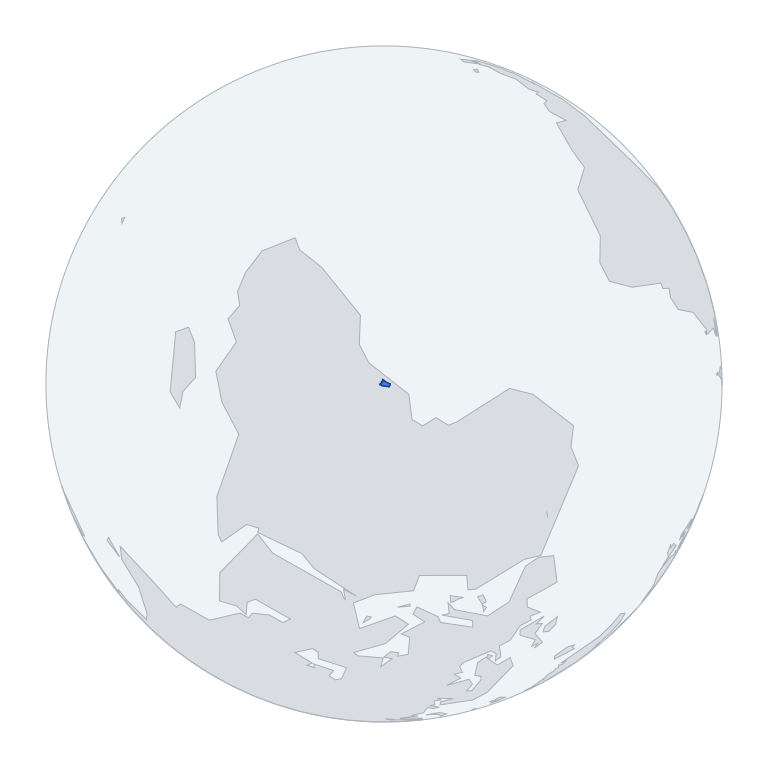 Kouilou highlighted on a globe, orthographic projection, rotated 159°
{"feature_id": "COG-3343", "entity_name": "Kouilou", "entity_type": "Region", "adm_level": 1, "iso_a3": "COG", "parent_name": "Republic of the Congo", "parent_adm1": "", "projection": "orthographic", "projection_center": [12.097, -4.264], "detail": "fine", "context": "on_globe", "style": "filled", "palette": "blue", "viewbox_px": 768, "rotation_deg": 159, "n_neighbors": 0, "source": "natural_earth", "source_scale": "10m", "svg_char_len": 7236}
<svg xmlns="http://www.w3.org/2000/svg" viewBox="0 0 768 768"><g transform="rotate(159 384 384)"><circle cx="384" cy="384" r="338" fill="#eef3f6" stroke="#a8b0b8"/><path d="M222.9,86.9L222.2,87.3L211.7,93.3L208.8,95.2L221.3,88.3L204.1,99.7L196.8,108.3L192.0,112.1L178.3,120.0L172.2,121.8L154.4,136.2L168.9,125.1L156.7,136.6L155.9,138.2L158.3,137.1L164.1,132.4L160.6,136.5L144.9,147.9L147.9,144.3L152.8,140.4L149.8,141.8L139.2,151.5L133.9,157.5L125.6,166.2L142.6,147.5L160.9,130.2L180.5,114.2L201.2,99.8L222.9,86.9ZM50.1,332.2L50.0,332.9L52.8,317.9L55.9,308.8L52.3,328.2L56.8,309.6L56.6,318.1L64.9,314.5L63.3,319.2L69.7,340.1L82.6,348.1L85.6,362.0L83.5,371.2L89.3,373.1L89.4,379.0L117.8,385.5L136.7,399.1L139.0,419.8L129.0,444.7L133.5,495.9L119.2,514.3L124.7,535.0L129.5,565.9L119.6,565.0L131.9,579.1L134.2,588.5L130.4,590.0L137.9,600.3L135.5,601.2L143.0,607.3L151.4,621.3L163.3,631.5L172.6,642.5L180.6,648.2L179.6,648.3L181.7,650.9L186.0,654.3L177.5,649.7L161.0,636.4L153.8,629.1L152.2,628.4L135.4,609.5L138.2,613.6L115.4,586.0L100.6,562.3L68.9,494.7L63.5,481.9L57.2,468.4L51.6,445.0L47.9,418.6L46.2,392.0L46.6,365.3L46.9,361.0L47.6,352.0L50.1,332.2ZM69.1,261.3L67.7,265.6L66.6,267.9L69.1,261.3ZM195.9,659.7L180.2,651.7L187.1,655.1L181.6,649.4L193.6,655.8L195.9,659.7ZM184.1,644.5L183.8,641.0L186.7,642.5L187.6,645.4L184.1,644.5ZM713.6,309.5L712.5,305.0L717.1,328.7L719.5,343.2L721.6,369.3L721.5,367.5L719.6,345.2L718.1,336.7L714.6,315.7L706.1,283.8L705.7,287.6L702.0,275.4L690.2,249.3L687.5,254.4L685.8,282.7L691.7,314.1L688.4,327.0L669.3,279.6L658.0,249.8L652.8,251.6L631.8,226.1L600.4,221.7L594.4,214.3L588.8,217.2L573.7,209.3L564.0,197.6L555.6,198.0L581.2,229.2L590.0,229.2L595.3,218.1L600.9,229.4L615.3,240.4L604.9,266.7L555.7,289.3L548.5,266.0L498.3,205.0L498.4,198.6L498.1,197.9L497.3,196.6L495.3,207.0L485.8,195.8L515.3,236.6L521.3,254.9L555.1,290.7L552.5,294.3L562.6,302.1L592.1,294.7L592.8,302.6L580.4,338.8L537.5,389.2L541.8,425.2L536.4,456.1L506.7,476.2L506.3,500.7L490.5,509.1L487.5,523.0L473.2,537.8L450.3,551.9L414.6,552.4L414.7,539.6L400.3,515.1L381.4,456.6L392.9,429.7L390.6,409.3L364.6,365.5L370.5,340.9L362.9,331.0L347.6,334.0L338.6,322.4L329.1,322.6L268.4,334.9L248.6,320.9L222.0,277.2L232.0,258.2L231.6,238.0L299.1,167.7L315.9,170.0L371.9,159.6L379.3,161.6L375.4,175.7L419.5,192.6L430.6,180.4L467.9,190.5L491.0,190.6L494.5,164.4L456.6,163.4L447.4,151.0L475.7,141.1L508.4,144.2L505.9,139.6L483.0,128.6L488.2,121.3L474.8,124.5L481.9,129.1L473.7,131.7L466.6,127.8L468.8,125.0L458.3,122.9L450.8,138.2L457.3,144.5L431.1,147.4L439.4,158.7L433.1,164.1L416.8,147.2L416.7,141.1L388.3,125.1L386.1,131.5L412.7,147.5L405.4,146.3L402.6,156.8L399.0,148.0L370.5,130.4L345.4,135.7L317.3,163.2L301.9,166.8L287.1,163.0L293.5,137.0L327.4,132.2L330.1,124.5L319.9,115.0L331.1,114.9L331.1,111.0L343.6,109.5L357.9,99.6L370.1,98.1L372.6,87.4L379.2,85.7L375.8,92.2L380.0,96.6L409.9,95.4L414.7,93.2L414.0,86.7L422.3,87.9L417.7,82.0L433.4,80.1L410.5,77.9L409.0,72.1L416.7,68.0L412.1,66.1L399.5,73.0L398.2,76.3L403.6,79.5L396.4,90.3L386.8,92.5L378.8,81.0L364.3,83.4L364.4,74.8L398.4,59.1L414.2,57.2L446.7,64.3L444.9,67.0L432.2,65.4L446.7,71.5L444.2,68.7L451.1,70.2L451.4,66.3L456.3,67.3L448.2,62.5L454.3,63.3L459.3,66.3L465.0,62.9L476.7,64.7L475.6,63.6L471.1,61.9L489.0,66.2L487.4,65.2L480.9,63.4L473.5,60.6L467.5,57.8L474.0,59.4L477.1,60.6L493.4,66.3L500.6,70.2L502.6,70.7L497.9,67.8L478.0,60.7L472.5,58.6L482.3,61.6L478.3,60.3L477.6,59.9L483.1,61.2L472.5,58.0L467.9,56.7L491.6,63.7L514.8,72.4L537.2,82.8L558.8,94.8L579.5,108.4L599.1,123.4L617.6,139.8L634.8,157.5L650.7,176.5L665.2,196.5L678.1,217.6L689.5,239.5L699.2,262.3L707.3,285.6L713.6,309.5ZM279.0,200.9L277.9,206.7L277.9,206.8L279.0,200.9ZM545.5,162.6L563.5,165.3L551.0,149.1L556.9,149.2L550.5,144.0L550.0,148.0L533.7,134.6L539.9,131.3L535.4,125.2L529.2,124.1L520.6,132.6L543.8,151.2L541.6,157.1L545.5,162.6ZM65.2,314.2L65.8,317.6L64.1,318.2L65.2,314.2ZM62.9,278.6L62.6,279.8L62.4,280.3L62.9,278.6ZM69.3,272.5L70.4,273.5L68.1,275.7L69.3,272.5ZM67.4,267.3L68.2,272.5L64.0,279.4L63.8,276.5L65.4,273.8L67.4,267.3ZM157.6,135.9L158.7,135.1L160.0,135.0L157.2,137.2L157.6,135.9ZM179.7,124.7L173.5,131.7L175.9,127.8L170.6,131.4L169.1,128.6L189.6,113.9L180.6,120.7L179.7,124.7ZM172.8,122.2L171.4,124.7L172.1,122.6L172.8,122.2ZM319.0,94.0L324.2,95.6L320.9,100.0L305.5,104.7L310.1,98.0L319.0,94.0ZM332.4,97.2L328.7,86.1L338.2,83.6L333.5,86.7L340.1,86.2L334.4,91.1L347.0,100.8L345.0,105.6L317.6,109.9L327.7,105.4L321.9,103.7L332.4,97.2ZM302.6,71.1L301.2,68.7L323.5,66.1L322.3,68.8L306.9,72.8L299.2,72.2L302.6,71.1ZM261.4,69.1L256.4,71.4L245.4,76.0L250.0,73.8L236.7,80.1L236.4,80.0L228.3,84.2L232.8,81.8L261.4,69.1ZM342.5,48.6L343.1,48.6L344.8,48.4L355.3,47.3L356.6,47.2L360.7,47.1L352.1,47.7L362.9,47.4L353.3,48.3L355.2,48.3L349.3,49.3L345.3,50.8L340.6,51.3L341.1,51.8L337.1,52.8L336.3,53.8L327.4,55.4L325.6,56.8L322.4,56.8L321.7,59.1L318.3,58.2L312.9,60.2L319.0,60.0L273.5,71.0L257.1,78.0L245.2,84.8L241.0,83.6L249.4,77.1L264.3,69.4L280.7,63.6L275.8,64.7L282.2,62.4L283.4,62.5L285.4,61.2L291.0,59.5L304.2,55.6L342.5,48.6ZM386.2,156.2L391.6,156.6L399.9,155.8L398.2,162.8L386.2,156.2ZM366.5,144.2L371.2,143.1L372.9,151.7L367.2,151.7L366.5,144.2ZM372.3,135.8L371.3,142.4L368.5,138.8L372.3,135.8ZM380.0,91.2L384.9,90.3L386.0,91.7L384.0,94.2L380.0,91.2ZM390.7,50.2L386.1,49.7L387.2,49.4L382.3,48.0L389.0,47.8L394.6,48.5L390.7,50.2ZM489.0,168.6L483.2,173.5L479.3,170.9L482.1,169.7L489.0,168.6ZM439.2,167.3L451.3,170.7L438.6,169.3L439.2,167.3ZM397.3,49.7L394.4,49.0L399.5,49.4L397.3,49.7ZM393.6,47.6L399.4,47.9L389.2,47.6L393.6,47.6ZM571.0,627.8L569.7,632.5L566.3,632.4L571.0,627.8ZM586.4,453.5L559.7,507.4L546.1,507.0L546.0,490.6L557.6,457.7L574.4,449.1L583.3,434.7L586.4,453.5ZM721.3,404.5L721.5,400.2L718.0,348.9L719.4,351.2L721.8,374.4L721.3,404.5ZM692.8,317.2L698.6,337.2L696.2,339.7L692.8,317.2ZM450.7,53.4L450.2,54.9L454.2,57.3L463.5,60.1L450.2,57.5L443.9,53.7L450.7,53.4ZM418.7,48.3L418.0,48.6L413.9,48.1L418.7,48.3Z" fill="#d9dde1" stroke="#a8b0b8" stroke-width="1"/><path d="M388.0,384.8L387.9,384.7L387.8,384.8L387.7,385.0L387.5,385.3L387.4,385.3L387.2,385.7L387.0,385.8L386.4,385.9L386.0,386.0L385.9,386.0L385.7,386.0L385.7,386.3L385.6,386.5L385.4,387.0L385.2,387.1L384.9,387.1L384.7,387.0L384.6,386.9L384.5,387.0L384.4,387.6L384.2,387.8L383.5,388.4L383.5,388.5L383.4,388.4L383.2,388.1L383.0,387.8L382.8,387.6L382.8,386.8L382.5,386.8L382.4,386.7L382.1,386.5L382.1,386.4L382.3,386.3L382.4,386.2L382.3,385.8L381.6,385.2L381.0,384.7L380.5,384.2L380.2,384.0L379.9,383.7L379.7,383.4L379.7,383.2L379.1,382.7L378.6,382.3L378.4,382.2L378.2,382.1L378.3,381.9L378.7,380.8L378.8,380.7L379.0,380.5L379.2,380.4L379.3,380.3L379.5,380.1L379.8,380.1L380.0,380.0L380.1,379.8L380.2,379.7L380.4,379.5L380.7,379.6L380.9,379.8L381.4,380.5L381.5,380.6L381.9,380.6L382.0,380.6L382.4,380.7L382.5,380.7L382.6,380.9L382.7,381.0L382.8,381.0L383.0,381.1L383.8,381.7L384.0,381.7L384.1,381.8L384.4,381.8L384.5,381.9L384.7,382.0L384.8,382.2L385.0,382.2L385.2,382.3L385.3,382.3L385.5,382.3L385.7,382.5L385.8,382.6L386.0,382.7L386.6,383.3L386.7,383.5L386.6,383.8L386.7,384.0L386.9,384.3L387.0,384.4L387.5,384.4L387.7,384.5L387.9,384.6L388.0,384.7L388.0,384.8Z" fill="#3b82f6" stroke="#1e3a8a" stroke-width="1.5"/></g></svg>